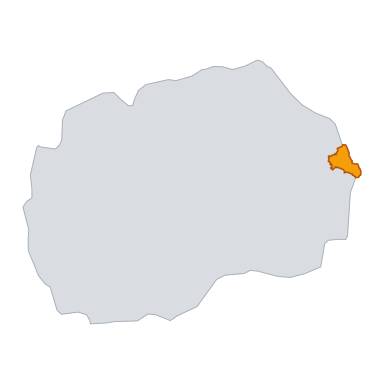 Pehchevo, Pehčevo, North Macedonia shown in context
{"feature_id": "65306769B44883072269450", "entity_name": "Pehchevo", "entity_type": "district", "adm_level": 2, "iso_a3": "MKD", "parent_name": "North Macedonia", "parent_adm1": "Pehčevo", "projection": "mercator", "projection_center": [22.916, 41.784], "detail": "fine", "context": "in_parent", "style": "filled", "palette": "amber", "viewbox_px": 384, "rotation_deg": 0, "n_neighbors": 0, "source": "geoboundaries", "source_scale": "gbopen_adm2", "svg_char_len": 2549}
<svg xmlns="http://www.w3.org/2000/svg" viewBox="0 0 384 384"><path d="M168.7,79.7L176.0,80.6L191.8,76.1L201.7,69.8L206.7,68.9L213.4,66.5L223.0,66.8L232.7,69.6L245.1,66.0L257.3,60.1L262.2,61.6L267.4,66.5L270.9,67.9L291.1,94.2L302.1,104.8L315.2,112.9L330.0,118.8L335.4,124.4L344.8,152.3L349.4,162.8L355.7,166.0L357.2,169.0L357.5,173.0L350.4,192.5L347.5,236.0L345.7,239.5L338.3,239.3L328.4,240.3L324.7,243.6L320.7,266.9L304.9,273.6L290.5,277.4L278.3,276.5L257.0,271.0L250.1,270.4L244.1,273.5L225.1,275.2L216.7,279.3L197.1,306.5L177.2,315.9L170.4,320.6L155.3,314.6L148.0,314.0L137.5,320.9L114.4,321.6L108.2,322.8L90.5,323.9L89.7,320.2L86.5,314.7L78.2,312.1L61.3,314.3L57.1,310.3L50.2,287.2L44.7,283.5L38.6,275.8L28.3,250.6L28.1,239.5L28.8,229.9L23.0,207.2L26.6,201.5L31.9,197.9L31.9,188.7L30.4,174.8L36.7,147.5L38.4,145.5L40.0,146.8L55.2,149.0L59.2,145.5L61.7,140.1L62.5,120.1L66.1,110.8L103.0,93.1L113.8,92.5L122.1,100.6L128.7,105.8L132.6,105.6L134.1,100.4L138.5,90.3L146.1,84.5L168.5,79.6L168.7,79.7Z" fill="#d9dde1" stroke="#a8b0b8" stroke-width="1"/><path d="M358.5,177.4L358.8,177.0L359.4,175.9L359.6,175.5L360.4,175.2L360.8,174.7L360.9,174.3L360.9,173.9L360.9,173.7L360.8,173.0L360.8,172.6L360.9,172.4L361.0,171.6L360.6,170.6L360.1,169.3L359.8,168.6L359.0,167.5L358.7,166.6L358.4,165.6L357.9,164.3L357.3,163.9L357.0,163.8L356.0,164.0L355.9,164.0L354.5,163.9L353.9,163.6L352.5,163.3L352.1,163.1L351.9,162.8L351.8,162.5L352.2,161.7L352.1,160.7L351.7,160.3L351.3,160.0L350.9,159.3L350.7,158.7L350.3,158.0L349.7,156.9L349.1,155.8L349.0,155.4L348.9,154.6L349.0,154.3L349.1,154.0L349.3,153.5L349.1,152.8L348.6,151.7L348.3,150.6L348.0,150.1L347.6,149.2L347.4,148.5L347.0,147.5L346.5,146.3L346.1,145.5L345.8,145.2L345.5,145.0L345.1,144.8L344.7,144.9L344.3,145.1L344.0,145.1L343.8,144.8L342.7,144.8L341.9,146.4L340.5,147.2L339.2,147.4L338.5,148.2L337.3,148.4L337.7,151.1L336.2,153.2L335.2,153.7L336.1,154.5L332.1,155.1L331.4,156.1L330.0,156.3L329.2,155.8L328.4,156.8L328.9,157.9L329.1,158.4L328.6,159.4L328.8,160.5L328.3,161.1L328.8,161.8L330.3,162.3L330.2,164.7L330.7,165.0L331.2,164.2L332.1,165.3L331.9,167.0L331.4,167.3L331.5,167.6L330.7,167.8L331.1,168.8L331.9,169.0L332.5,169.8L333.0,169.7L333.4,168.8L334.2,168.5L335.3,167.1L336.1,167.6L336.3,167.1L337.1,167.4L338.0,167.3L338.7,168.0L340.5,168.2L341.0,168.8L343.2,169.5L344.4,171.1L344.4,172.8L346.3,172.0L346.9,172.5L348.5,172.4L350.4,173.6L352.3,173.9L352.1,174.3L352.5,175.2L354.2,175.8L354.7,176.7L355.4,176.6L355.8,177.6L358.5,177.4Z" fill="#f59e0b" stroke="#b45309" stroke-width="1.5"/></svg>